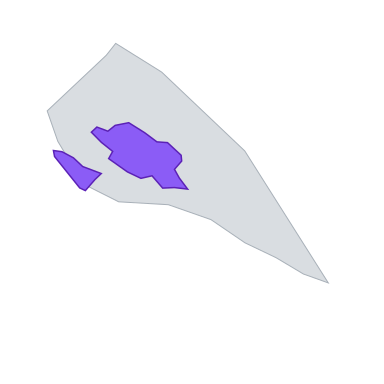 Liechtenstein, with Triesenberg highlighted, rotated 131°
{"feature_id": "LIE-4892", "entity_name": "Triesenberg", "entity_type": "state/province", "adm_level": 1, "iso_a3": "LIE", "parent_name": "Liechtenstein", "parent_adm1": "", "projection": "mercator", "projection_center": [9.569, 47.119], "detail": "fine", "context": "in_parent", "style": "filled", "palette": "violet", "viewbox_px": 384, "rotation_deg": 131, "n_neighbors": 0, "source": "natural_earth", "source_scale": "10m", "svg_char_len": 795}
<svg xmlns="http://www.w3.org/2000/svg" viewBox="0 0 384 384"><g transform="rotate(131 192 192)"><path d="M225.8,354.5L145.1,346.4L129.9,347.1L121.4,293.5L126.4,179.1L171.2,29.5L180.8,54.1L186.4,85.3L195.6,118.7L200.4,159.5L217.1,201.5L247.5,240.9L257.2,278.9L241.8,326.5L225.8,354.5Z" fill="#d9dde1" stroke="#a8b0b8" stroke-width="1"/><path d="M205.4,306.4L201.3,295.4L192.1,293.7L181.2,285.2L178.3,266.6L177.2,251.4L170.8,242.9L171.4,224.3L175.4,220.1L186.4,220.1L189.8,210.7L192.7,197.2L200.2,208.2L208.3,216.7L206.0,232.8L215.2,239.5L219.2,253.9L221.5,276.8L213.4,278.5L214.0,292.9L212.9,307.2L205.4,306.4ZM260.9,273.4L262.6,279.4L255.4,319.0L251.6,323.8L246.9,316.6L244.0,303.9L244.5,291.2L237.6,272.6L246.3,273.4L260.9,273.4Z" fill="#8b5cf6" stroke="#5b21b6" stroke-width="1.5"/></g></svg>